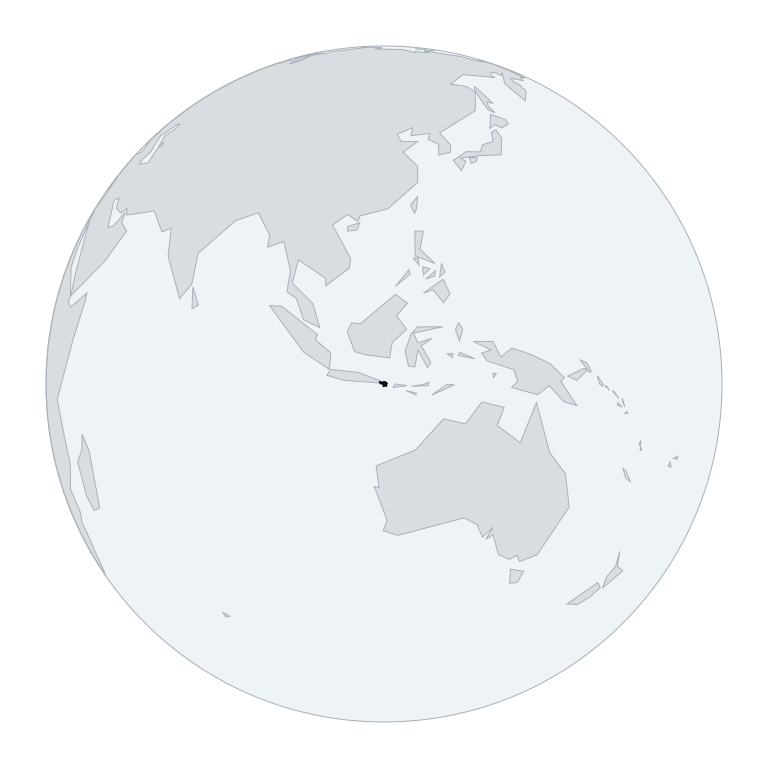 globe centered on Bali
{"feature_id": "IDN-1232", "entity_name": "Bali", "entity_type": "Province", "adm_level": 1, "iso_a3": "IDN", "parent_name": "Indonesia", "parent_adm1": "", "projection": "orthographic", "projection_center": [115.184, -8.453], "detail": "fine", "context": "on_globe", "style": "filled", "palette": "ink", "viewbox_px": 768, "rotation_deg": 0, "n_neighbors": 0, "source": "natural_earth", "source_scale": "10m", "svg_char_len": 7487}
<svg xmlns="http://www.w3.org/2000/svg" viewBox="0 0 768 768"><circle cx="384" cy="384" r="338" fill="#eef3f6" stroke="#a8b0b8"/><path d="M677.9,456.2L677.4,458.7L677.1,459.0L677.9,456.2ZM696.5,255.7L696.0,254.4L695.9,254.0L696.5,255.7ZM521.6,75.3L509.1,70.2L513.3,72.2L493.8,64.4L509.6,70.3L521.6,75.3ZM95.2,208.5L97.5,205.7L117.9,176.9L114.8,179.7L134.3,156.3L135.6,154.9L141.3,151.9L145.4,147.3L150.8,139.7L161.4,130.4L153.8,136.6L150.0,140.4L145.2,144.9L145.8,144.3L166.7,125.2L189.1,108.0L212.8,92.6L237.8,79.4L263.8,68.2L259.2,70.0L276.9,63.7L281.3,63.0L285.6,61.6L289.1,60.3L292.3,61.2L295.4,60.2L295.5,59.4L301.7,57.2L314.0,54.1L314.4,54.5L310.1,55.7L301.6,59.5L289.9,63.5L291.3,63.5L301.6,60.2L311.9,55.4L319.2,53.5L315.6,55.2L317.4,54.4L321.2,53.6L325.3,53.6L329.9,51.8L370.5,47.0L382.5,47.8L374.7,48.9L403.5,49.6L414.8,52.7L414.9,51.6L428.8,52.7L425.5,51.7L426.6,51.4L460.7,56.5L469.0,58.9L483.8,62.1L483.9,61.9L478.5,60.1L493.8,64.4L513.3,72.2L512.2,72.1L525.2,77.9L520.8,77.5L523.1,80.6L510.8,78.3L513.7,81.9L518.5,83.9L526.1,91.2L525.2,100.8L504.8,83.8L502.1,72.4L501.4,75.7L495.3,72.6L491.1,72.7L491.2,75.8L495.1,77.5L463.0,74.6L450.6,84.1L466.7,86.5L475.3,92.5L475.3,110.7L439.6,132.9L450.7,145.3L450.5,152.4L438.7,155.0L438.7,144.4L428.0,139.2L429.9,133.5L410.9,135.7L412.7,127.7L397.1,134.3L401.4,141.4L417.5,141.6L403.2,152.1L417.7,166.4L417.7,182.4L387.8,208.8L359.9,215.9L357.8,221.4L347.6,214.5L332.6,224.9L350.5,258.3L349.5,268.0L325.8,285.7L325.6,278.3L298.4,259.8L292.3,283.2L312.8,303.5L319.8,327.7L303.5,319.7L296.5,298.7L287.0,291.6L290.4,271.0L284.0,241.5L267.6,247.1L269.7,235.4L258.4,212.7L235.4,220.8L198.2,253.2L191.8,284.0L179.6,298.7L168.1,256.2L171.2,228.2L161.9,231.9L154.3,211.0L126.5,215.0L127.1,208.5L120.8,213.0L116.3,208.3L119.0,198.0L114.1,200.3L108.0,227.6L113.8,225.5L125.0,212.4L121.7,223.0L126.7,231.0L104.7,261.2L70.9,295.7L75.4,273.3L89.8,219.6L93.7,212.8L94.1,212.1L94.8,210.9L88.1,222.2L93.3,212.2L77.2,249.5L71.1,267.3L70.3,297.2L68.5,301.4L70.6,307.2L86.8,293.1L85.2,301.0L72.8,340.4L57.2,399.3L63.8,433.6L70.3,464.4L70.5,489.3L80.5,512.5L82.1,523.3L88.9,536.9L95.8,553.2L103.7,570.2L105.7,575.7L92.7,555.2L81.1,533.9L71.2,511.8L62.8,489.0L56.1,465.7L51.1,441.9L47.8,417.9L46.2,393.6L46.4,369.4L48.3,345.2L52.0,321.2L57.3,297.5L64.4,274.3L73.1,251.6L83.4,229.7L95.2,208.5ZM139.4,164.1L148.0,162.9L157.8,147.8L162.0,146.4L163.8,142.2L158.5,146.8L165.0,135.5L173.7,130.2L179.7,124.3L177.1,124.5L160.2,136.3L150.7,151.9L142.9,158.9L139.4,164.1ZM113.2,182.5L108.3,188.8L109.6,186.8L111.0,185.0L113.2,182.5ZM222.7,612.1L229.7,616.2L225.9,617.1L222.7,612.1ZM89.2,451.3L99.7,508.1L94.1,510.6L86.3,495.2L77.7,461.6L81.9,449.8L82.1,434.0L89.2,451.3ZM406.0,390.6L416.4,393.2L416.1,394.8L406.0,390.6ZM395.1,384.0L407.0,385.6L393.1,387.4L395.1,384.0ZM411.6,386.3L423.7,384.4L428.9,382.3L428.0,385.6L411.6,386.3ZM387.0,383.5L343.7,380.3L326.8,375.3L330.7,369.5L358.1,372.4L387.0,383.5ZM329.3,369.3L303.6,352.1L269.6,305.6L281.7,306.3L317.5,334.7L315.2,339.5L330.8,352.9L329.3,369.3ZM392.1,343.0L389.7,357.8L365.7,354.8L354.8,351.7L347.3,332.2L351.5,322.9L360.4,323.7L395.4,294.4L407.5,303.2L396.5,315.6L406.5,329.2L392.1,343.0ZM192.8,286.9L198.5,305.1L192.0,308.7L192.8,286.9ZM410.1,274.1L395.6,286.2L409.0,269.5L410.1,274.1ZM418.3,258.3L419.0,265.1L413.4,258.0L418.3,258.3ZM357.0,230.1L347.6,231.1L347.6,226.6L359.7,222.7L357.0,230.1ZM417.6,196.5L416.5,209.0L414.4,213.1L410.6,205.0L417.6,196.5ZM315.8,53.0L325.2,51.3L307.6,54.8L295.6,57.9L289.7,59.7L290.4,59.3L315.8,53.0ZM364.8,47.1L369.8,46.6L372.7,46.6L372.0,46.8L364.8,47.1ZM367.2,46.5L368.5,46.5L364.3,46.9L360.9,46.9L365.1,46.6L367.2,46.5ZM597.8,582.6L600.2,587.6L590.4,596.5L577.6,604.5L567.0,603.9L597.8,582.6ZM509.6,583.4L510.4,569.2L523.6,571.3L517.2,582.4L509.6,583.4ZM606.6,576.7L615.4,566.9L619.9,551.3L617.4,566.4L622.9,570.7L602.7,587.8L606.6,576.7ZM464.1,517.9L397.7,535.4L383.2,530.8L387.1,520.1L374.2,486.6L379.0,487.6L376.1,465.9L415.4,450.0L443.7,418.8L465.4,423.9L481.9,401.9L504.2,407.4L497.3,425.5L520.2,442.8L536.5,402.5L549.6,452.4L565.6,474.0L569.1,507.1L537.2,554.7L519.7,561.5L516.7,555.3L509.3,559.4L498.4,554.5L493.1,535.0L485.8,539.3L493.2,527.1L482.5,537.1L477.1,524.6L464.1,517.9ZM622.9,468.2L625.9,470.8L630.4,481.7L625.6,478.0L622.9,468.2ZM670.0,461.9L671.0,467.0L668.0,466.2L670.0,461.9ZM677.1,459.0L673.5,458.4L677.9,456.2L677.1,459.0ZM640.2,446.1L641.6,449.8L640.3,450.4L640.2,446.1ZM639.0,444.6L641.0,440.5L640.6,445.3L639.0,444.6ZM624.8,413.2L626.8,411.5L627.6,413.6L624.8,413.2ZM431.9,395.0L446.4,384.7L454.4,384.8L431.9,395.0ZM622.1,407.1L617.3,405.0L617.9,402.7L622.1,407.1ZM622.5,401.5L622.1,397.9L624.9,407.0L622.5,401.5ZM613.3,390.7L619.2,398.7L612.6,391.2L613.3,390.7ZM609.8,390.3L605.5,386.3L605.8,385.4L609.8,390.3ZM560.8,381.2L576.9,405.6L563.9,401.7L549.2,385.6L537.7,394.7L511.6,387.5L517.6,381.4L514.1,369.8L487.0,360.8L481.6,353.0L491.2,349.8L473.4,341.6L492.9,341.5L500.9,357.1L511.9,348.0L531.0,354.5L549.5,363.3L564.4,377.7L560.8,381.2ZM493.0,373.0L496.4,373.6L493.4,377.5L493.0,373.0ZM597.3,375.7L603.5,384.7L602.8,386.3L599.7,384.2L597.3,375.7ZM567.8,376.1L583.8,368.4L587.5,369.7L576.9,380.4L567.8,376.1ZM579.9,359.6L587.3,363.3L591.2,371.2L589.7,372.6L579.9,359.6ZM453.1,353.7L452.3,357.6L447.3,353.8L453.1,353.7ZM459.6,352.2L475.0,358.8L458.2,355.4L459.6,352.2ZM413.4,333.1L417.9,342.8L431.9,338.4L421.2,345.8L430.8,362.3L427.6,367.8L418.0,350.0L414.8,367.0L408.5,366.0L405.1,350.8L411.3,333.6L417.6,326.9L443.0,326.8L413.4,333.1ZM459.5,340.8L455.5,329.6L458.5,322.9L462.9,329.1L459.5,340.8ZM443.6,302.8L433.1,289.8L423.3,293.2L443.1,279.2L450.0,293.8L443.6,302.8ZM434.9,276.1L425.7,279.0L435.2,270.8L434.9,276.1ZM423.5,274.9L422.6,266.8L429.7,268.7L423.5,274.9ZM439.6,277.0L441.5,263.7L445.0,272.0L439.6,277.0ZM419.9,249.1L435.0,263.5L415.1,255.9L414.9,231.0L423.4,231.3L419.9,249.1ZM471.1,163.6L469.3,157.6L477.1,157.6L476.1,161.7L471.1,163.6ZM501.1,154.8L478.7,155.8L460.4,158.0L465.9,161.4L461.4,170.7L453.4,160.3L466.5,151.6L480.3,151.9L482.7,144.7L493.0,141.6L491.3,132.4L495.9,129.6L501.7,138.4L501.1,154.8ZM489.9,128.5L490.6,114.3L505.2,119.5L508.4,123.7L501.9,127.8L494.6,124.7L489.9,128.5ZM495.1,112.7L488.0,109.9L474.1,89.4L474.8,86.7L493.1,103.4L487.4,102.0L488.2,106.5L495.1,112.7ZM484.0,61.2L482.0,60.6L481.6,60.5L484.0,61.2ZM424.4,50.8L426.5,50.6L430.5,51.4L424.4,50.8ZM434.4,50.8L428.5,50.0L434.6,50.6L434.4,50.8ZM415.2,48.6L426.0,49.6L415.9,49.0L415.2,48.6Z" fill="#d9dde1" stroke="#a8b0b8" stroke-width="1"/><path d="M386.5,383.0L387.0,383.4L387.1,383.5L387.0,383.8L386.8,384.0L386.7,384.1L386.5,384.3L386.0,384.3L385.9,384.5L385.1,384.8L384.8,385.0L384.6,385.2L384.5,385.4L384.4,385.5L384.2,385.6L384.1,385.9L384.2,386.0L384.3,385.9L384.2,385.9L384.3,385.8L384.3,386.2L384.2,386.3L383.8,386.3L383.7,386.3L383.5,386.2L383.9,385.9L384.0,385.7L383.9,385.4L383.8,385.2L383.7,385.2L383.4,384.9L383.3,384.7L383.1,384.6L382.7,384.2L381.7,383.7L380.8,383.7L380.6,383.6L380.4,383.5L380.3,383.3L379.8,382.6L379.7,382.0L379.7,381.9L379.9,381.9L380.0,381.9L380.2,382.0L380.3,382.1L380.6,382.0L380.8,382.1L381.0,382.1L382.1,382.5L382.3,382.4L382.8,382.4L383.1,382.3L383.3,382.2L383.7,381.8L383.9,381.7L384.1,381.7L384.3,381.7L384.4,381.8L384.5,381.9L384.9,381.9L385.9,382.3L386.1,382.5L386.5,383.0ZM386.1,385.3L386.3,385.3L386.4,385.6L386.5,385.7L386.6,385.9L386.5,386.0L386.4,386.1L386.2,386.0L385.9,385.8L385.8,385.7L385.7,385.7L385.9,385.3L386.0,385.3L386.1,385.3Z" fill="#0f172a" stroke="#020617" stroke-width="1.5"/></svg>